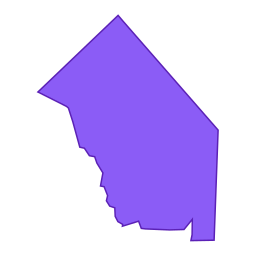 the district of Jackson, Texas, United States of America
{"feature_id": "52423323B84486994162427", "entity_name": "Jackson", "entity_type": "district", "adm_level": 2, "iso_a3": "USA", "parent_name": "United States of America", "parent_adm1": "Texas", "projection": "equal_earth", "projection_center": [-96.65, 28.969], "detail": "fine", "context": "isolated", "style": "filled", "palette": "violet", "viewbox_px": 256, "rotation_deg": 0, "n_neighbors": 0, "source": "geoboundaries", "source_scale": "gbopen_adm2", "svg_char_len": 514}
<svg xmlns="http://www.w3.org/2000/svg" viewBox="0 0 256 256"><path d="M37.9,92.0L66.5,106.4L68.4,108.0L72.8,121.7L79.8,147.2L84.4,148.2L89.4,155.7L94.7,156.7L96.9,163.1L102.9,172.9L100.5,186.0L104.1,186.7L107.6,195.6L106.4,200.8L109.7,206.1L114.8,207.8L115.2,216.4L117.9,221.6L122.7,224.4L122.4,226.2L138.6,221.2L141.3,228.4L145.5,228.9L169.8,229.9L184.0,229.5L192.3,219.3L192.1,234.7L190.9,240.6L214.1,240.2L218.1,130.1L123.3,21.5L118.1,15.4L37.9,92.0Z" fill="#8b5cf6" stroke="#5b21b6" stroke-width="1.5"/></svg>